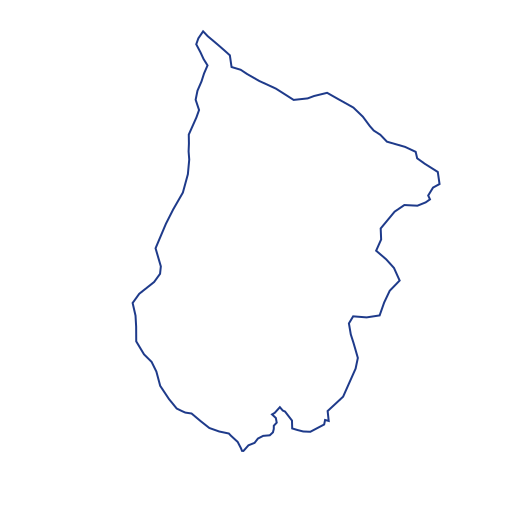 the district of Zoopigi, Limassol, Cyprus, rotated 114°
{"feature_id": "46923920B29369326831274", "entity_name": "Zoopigi", "entity_type": "district", "adm_level": 2, "iso_a3": "CYP", "parent_name": "Cyprus", "parent_adm1": "Limassol", "projection": "equal_earth", "projection_center": [33.004, 34.864], "detail": "fine", "context": "isolated", "style": "outline", "palette": "blue", "viewbox_px": 512, "rotation_deg": 114, "n_neighbors": 0, "source": "geoboundaries", "source_scale": "gbopen_adm2", "svg_char_len": 1697}
<svg xmlns="http://www.w3.org/2000/svg" viewBox="0 0 512 512"><g transform="rotate(114 256 256)"><path d="M377.1,122.5L368.5,127.5L349.1,119.2L334.4,119.2L318.4,119.2L307.7,121.5L300.9,127.2L295.7,131.6L289.1,137.5L279.8,143.7L271.6,142.7L267.1,130.0L260.0,118.9L246.3,120.0L233.3,119.7L220.0,114.8L210.8,125.1L206.1,135.7L202.3,148.4L192.0,148.4L190.0,148.4L180.1,153.3L159.1,147.4L149.1,141.2L144.4,129.0L138.0,122.8L133.5,120.1L130.7,123.3L121.5,122.1L115.6,117.6L105.3,124.1L103.1,139.3L101.2,148.5L95.9,152.5L95.7,164.3L98.3,182.9L94.7,191.7L93.5,199.5L91.0,204.9L85.3,215.0L80.8,227.4L79.2,245.0L78.0,257.4L86.2,268.0L91.0,272.9L98.1,285.1L96.9,293.0L95.0,305.9L94.8,324.1L93.4,338.0L92.1,345.8L93.3,355.2L83.3,361.5L81.0,368.6L78.2,377.8L74.8,389.6L73.2,393.4L72.3,395.7L80.6,397.2L86.9,396.7L92.5,389.6L97.4,384.0L101.6,377.8L110.4,377.7L118.7,376.8L128.8,376.7L137.8,374.7L145.8,367.4L153.7,366.8L163.2,366.8L172.4,366.8L180.6,363.0L187.9,360.1L195.1,356.2L209.0,351.5L227.8,348.6L247.2,350.6L263.1,351.4L289.8,350.9L304.2,338.7L311.3,336.4L321.2,338.5L338.0,347.3L349.1,349.6L359.5,341.8L369.4,336.7L382.7,330.7L391.4,318.3L395.2,308.3L402.1,300.0L413.6,290.7L422.1,277.3L427.6,266.4L427.8,260.7L427.8,256.9L426.1,250.8L429.4,239.3L432.1,228.7L431.3,218.3L429.6,210.4L429.2,208.6L430.3,206.0L433.3,197.1L437.7,191.6L439.7,189.5L439.2,188.2L437.1,187.5L432.0,185.9L427.3,181.3L422.0,180.0L417.4,176.3L414.2,170.5L410.2,168.8L406.8,169.4L403.8,170.7L399.8,169.3L395.9,172.0L394.2,176.9L391.7,175.1L384.4,172.7L386.3,168.7L386.3,166.2L391.7,156.2L398.8,152.8L398.1,147.3L397.1,141.5L394.5,134.9L382.2,125.2L377.7,126.2L377.1,122.5Z" fill="none" stroke="#1e3a8a" stroke-width="2"/></g></svg>